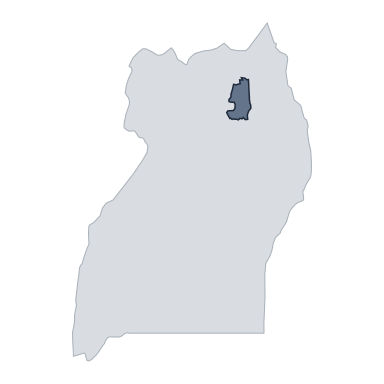 where Agago sits in Uganda
{"feature_id": "UGA-5608", "entity_name": "Agago", "entity_type": "District", "adm_level": 1, "iso_a3": "UGA", "parent_name": "Uganda", "parent_adm1": "", "projection": "equal_earth", "projection_center": [33.347, 2.944], "detail": "fine", "context": "in_parent", "style": "filled", "palette": "slate", "viewbox_px": 384, "rotation_deg": 0, "n_neighbors": 0, "source": "natural_earth", "source_scale": "10m", "svg_char_len": 2895}
<svg xmlns="http://www.w3.org/2000/svg" viewBox="0 0 384 384"><path d="M264.0,333.2L259.2,333.2L251.4,333.2L243.5,333.2L235.7,333.2L227.9,333.2L220.0,333.2L212.2,333.2L204.3,333.2L196.5,333.2L188.7,333.2L180.8,333.2L173.0,333.2L165.1,333.2L157.3,333.2L149.5,333.2L141.6,333.2L133.8,333.2L129.2,333.2L128.2,333.0L127.6,332.7L124.6,333.5L121.6,336.1L118.3,337.2L114.8,336.8L114.4,337.0L112.6,337.0L110.1,336.8L107.8,337.5L106.0,339.8L104.3,343.7L101.0,348.1L98.5,352.1L96.4,354.9L91.5,359.6L88.8,361.0L87.5,360.7L86.7,359.9L85.2,353.9L84.2,353.0L74.7,356.0L73.3,356.1L73.4,354.2L72.7,340.3L72.6,331.7L73.8,326.3L74.6,320.2L74.6,314.7L76.4,305.4L75.7,299.9L78.0,280.4L78.6,277.2L79.5,267.8L80.9,264.9L82.1,263.8L83.7,258.0L86.9,248.8L89.0,244.0L88.5,233.6L88.9,226.5L89.4,225.0L94.0,222.3L100.0,215.8L102.5,208.1L106.1,203.2L113.0,200.0L133.5,173.7L143.0,159.5L147.2,152.2L147.3,149.6L148.1,146.1L146.5,143.5L144.5,141.0L143.8,138.8L142.1,137.7L139.7,137.7L138.0,136.1L136.2,132.9L134.4,130.9L128.5,131.1L124.1,127.8L124.1,123.3L125.9,114.6L129.3,104.5L129.5,101.8L129.0,99.4L128.2,97.4L126.7,95.4L125.2,93.0L126.3,85.8L128.5,78.7L130.2,75.1L132.0,71.2L131.5,67.9L129.0,66.3L130.3,63.2L133.0,57.8L138.2,52.4L142.8,48.8L145.9,48.8L151.8,51.7L157.2,55.1L160.2,55.2L163.8,53.8L171.3,47.8L173.0,49.7L175.2,53.4L177.6,59.4L182.3,62.1L184.5,64.0L186.1,64.6L187.0,64.1L188.8,59.4L191.0,56.8L194.9,53.5L203.7,50.9L210.0,50.2L212.6,49.6L217.1,48.1L224.1,43.2L231.0,49.5L238.5,50.7L245.8,50.6L248.0,48.7L249.2,47.3L256.9,37.0L267.2,23.0L274.1,42.7L276.4,43.8L276.1,45.5L275.5,47.2L280.0,51.9L285.6,54.4L287.5,56.8L287.7,59.5L285.9,71.0L286.2,74.2L288.0,85.8L291.3,88.3L294.2,99.9L300.1,104.8L301.0,106.3L302.4,111.9L304.2,118.0L305.6,119.5L306.5,119.8L308.2,126.3L307.2,130.0L308.6,141.2L310.8,151.1L311.4,163.0L311.4,168.3L311.3,171.5L310.8,176.0L309.8,178.6L307.9,181.2L305.8,185.2L304.0,189.5L302.8,191.6L303.7,198.0L303.5,199.7L303.0,200.5L300.3,201.5L296.9,203.2L294.8,204.9L291.9,208.2L289.5,211.7L286.4,222.1L281.2,230.2L280.3,232.9L275.4,237.7L273.2,243.6L271.8,250.9L269.9,256.1L265.8,263.3L264.8,274.6L265.0,297.3L263.9,323.0L264.0,333.2Z" fill="#d9dde1" stroke="#a8b0b8" stroke-width="1"/><path d="M248.4,79.5L248.7,83.8L248.8,87.1L249.4,97.8L249.4,99.6L249.7,101.2L249.8,103.0L250.5,104.5L250.8,106.3L250.8,108.3L248.6,111.2L247.3,115.1L247.7,119.4L245.2,119.6L243.2,117.5L242.6,118.5L241.7,118.9L240.7,118.4L239.8,118.3L239.1,119.3L238.2,119.9L236.4,119.1L234.6,119.3L233.8,119.0L233.1,118.9L232.1,119.4L231.4,118.9L230.7,118.2L229.9,118.5L227.7,114.7L226.7,112.6L227.8,110.9L233.5,110.5L234.9,108.5L235.2,104.5L234.3,102.4L231.4,102.2L229.1,101.7L228.9,99.6L230.1,98.2L231.0,96.8L231.0,94.4L232.6,88.9L233.6,84.3L236.2,84.9L238.0,84.1L240.1,83.8L239.7,79.9L242.6,80.0L241.4,77.7L244.9,78.2L245.7,78.8L246.4,79.6L247.4,79.7L248.4,79.5Z" fill="#64748b" stroke="#1e293b" stroke-width="1.5"/></svg>